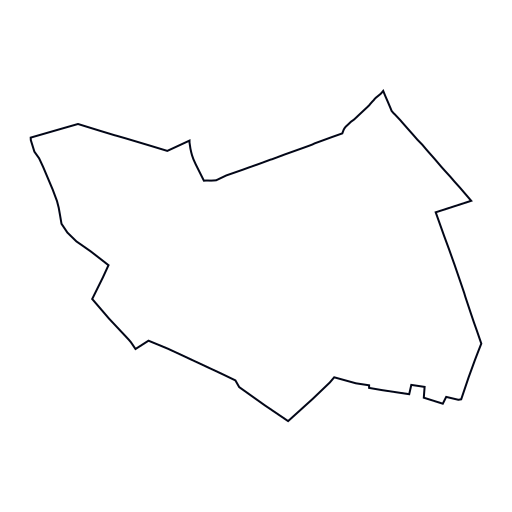 Moravita, Timis, Romania
{"feature_id": "2599482B52321856029922", "entity_name": "Moravita", "entity_type": "district", "adm_level": 2, "iso_a3": "ROU", "parent_name": "Romania", "parent_adm1": "Timis", "projection": "natural_earth1", "projection_center": [21.281, 45.278], "detail": "fine", "context": "isolated", "style": "outline", "palette": "ink", "viewbox_px": 512, "rotation_deg": 0, "n_neighbors": 0, "source": "geoboundaries", "source_scale": "gbopen_adm2", "svg_char_len": 1819}
<svg xmlns="http://www.w3.org/2000/svg" viewBox="0 0 512 512"><path d="M471.2,200.8L464.0,192.4L459.9,187.6L457.2,184.6L454.4,181.5L450.3,176.7L444.9,170.8L441.5,167.0L434.7,159.0L428.5,152.0L425.9,149.0L422.3,144.7L417.4,139.7L412.7,134.3L407.2,128.1L402.2,122.4L401.5,121.6L400.5,120.4L394.2,113.7L393.9,113.6L391.6,110.9L390.7,108.6L387.9,102.0L385.2,95.8L383.2,90.9L381.9,92.5L380.6,93.9L379.0,95.2L377.4,96.5L375.9,97.7L374.6,99.0L373.7,100.2L372.4,101.5L370.2,104.0L369.2,105.3L365.6,108.7L359.2,114.7L354.1,119.5L353.0,120.3L351.0,121.7L348.2,124.4L345.7,126.7L344.4,128.4L343.6,129.9L342.3,133.4L332.1,137.0L322.0,140.7L314.6,143.4L312.4,144.5L309.5,145.6L303.7,147.7L284.6,154.5L271.9,159.3L270.6,159.6L259.6,163.7L248.8,167.5L242.8,169.7L233.9,172.8L226.4,175.4L216.1,180.3L215.6,180.3L214.8,180.4L211.4,180.6L210.1,180.6L206.1,180.5L205.2,180.6L203.9,180.7L195.7,164.3L193.4,159.2L192.0,155.2L191.2,152.2L190.4,148.5L190.0,145.8L189.5,142.5L189.5,140.6L167.3,150.9L150.2,145.7L125.8,138.4L116.4,135.7L114.8,135.3L100.0,130.8L78.0,124.0L64.0,128.0L30.7,137.6L30.8,140.1L34.4,151.7L39.1,158.3L43.2,167.1L52.7,189.6L57.0,201.1L58.7,207.7L60.0,215.0L61.5,223.8L67.4,232.6L76.4,241.4L90.6,251.3L108.5,265.2L102.8,277.6L92.2,299.0L109.0,318.6L128.7,339.6L130.9,342.2L135.5,349.0L148.5,340.7L168.1,348.8L223.4,374.6L235.4,380.4L239.2,387.1L264.9,405.4L288.1,421.1L312.9,398.7L329.8,382.5L334.2,377.3L355.9,383.3L369.1,385.3L369.1,387.9L381.9,390.1L409.2,394.2L411.3,384.9L424.6,386.9L423.8,397.7L442.8,403.7L446.2,396.9L458.4,399.8L461.2,399.3L468.7,377.1L472.1,367.8L474.9,360.1L478.2,351.5L481.3,343.6L479.3,337.8L477.0,331.1L473.8,322.1L470.9,313.5L467.3,302.7L465.3,296.7L464.2,293.0L460.8,283.0L454.7,265.2L448.9,248.9L444.1,235.9L435.7,212.3L471.2,200.8Z" fill="none" stroke="#020617" stroke-width="2"/></svg>